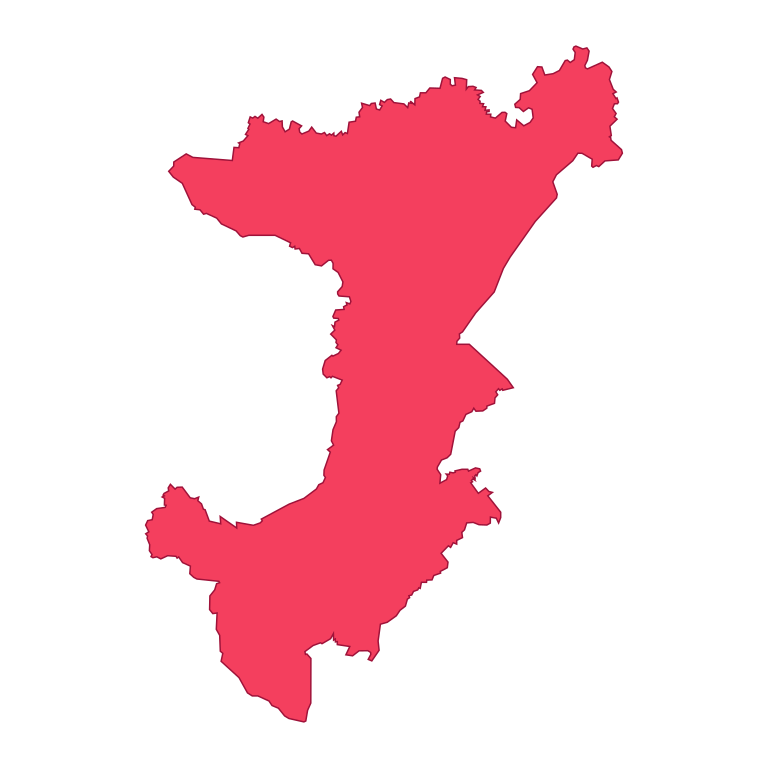 outline of San Felipe Orizatlán, Hidalgo, Mexico
{"feature_id": "50627088B21617615218202", "entity_name": "San Felipe Orizatlán", "entity_type": "district", "adm_level": 2, "iso_a3": "MEX", "parent_name": "Mexico", "parent_adm1": "Hidalgo", "projection": "albers", "projection_center": [-98.581, 21.246], "detail": "fine", "context": "isolated", "style": "filled", "palette": "rose", "viewbox_px": 768, "rotation_deg": 0, "n_neighbors": 0, "source": "geoboundaries", "source_scale": "gbopen_adm2", "svg_char_len": 6071}
<svg xmlns="http://www.w3.org/2000/svg" viewBox="0 0 768 768"><path d="M420.2,588.4L421.4,582.3L426.5,582.3L426.8,580.1L432.0,579.9L433.8,575.5L440.6,573.1L440.3,571.4L447.3,567.7L448.0,562.1L441.1,553.3L448.4,545.8L450.6,547.4L453.2,542.7L456.7,544.1L456.7,540.4L462.5,537.6L461.8,532.4L464.5,529.8L466.7,522.9L473.2,522.4L479.0,524.7L486.9,525.0L490.3,523.1L490.4,517.1L496.3,518.2L498.6,523.0L500.7,517.6L500.7,512.2L487.8,495.8L492.4,492.4L488.9,491.5L485.6,488.0L478.3,493.3L470.7,482.8L472.5,481.8L471.4,480.5L472.9,479.0L474.8,480.1L473.5,477.7L475.1,478.5L474.8,475.9L475.9,474.7L476.9,475.9L478.1,472.6L480.6,471.1L479.7,468.8L475.5,467.9L468.5,471.1L467.8,469.3L461.9,469.3L455.0,470.9L455.3,472.2L453.2,472.9L449.9,472.2L449.3,474.3L446.2,474.1L447.7,475.9L446.6,479.6L439.9,483.2L440.7,474.7L437.1,469.2L437.4,467.0L441.5,460.0L447.1,457.8L450.7,454.3L455.2,431.2L458.8,427.6L460.0,422.3L462.9,420.9L465.9,414.4L471.8,411.7L473.8,408.2L475.9,411.2L482.8,410.9L486.8,408.2L486.9,406.1L494.5,403.3L495.0,397.9L497.7,394.8L495.8,391.8L498.5,388.7L499.8,390.3L502.2,388.9L502.8,390.3L513.3,387.7L507.3,379.2L469.3,344.3L456.7,344.3L456.9,341.3L459.7,338.1L459.4,333.9L462.5,331.9L475.7,312.9L494.2,292.0L503.4,268.4L510.1,257.1L535.3,221.4L556.5,197.9L557.2,194.3L552.8,181.8L556.4,174.8L572.8,160.7L577.9,153.2L582.1,153.3L592.2,159.2L591.7,166.1L593.0,167.3L596.4,165.5L598.8,166.6L605.0,160.9L618.3,159.9L622.4,153.2L621.5,149.6L611.1,140.3L610.5,136.8L609.4,137.0L609.3,136.8L611.3,135.6L609.9,126.2L617.1,119.2L614.3,116.8L616.1,113.5L612.5,108.5L614.4,103.8L617.5,103.7L618.5,102.1L617.0,97.9L616.0,98.6L612.9,93.7L616.2,92.0L613.2,89.3L609.4,79.5L611.9,71.5L609.0,67.0L602.3,62.2L587.4,68.9L585.4,67.8L584.8,65.6L587.4,60.3L589.1,51.1L586.9,47.9L582.8,49.0L575.9,46.1L574.0,46.9L573.0,49.1L575.2,52.5L574.3,59.7L570.2,62.5L567.4,60.1L565.2,60.6L559.4,70.5L553.1,73.7L544.8,75.0L541.9,67.0L537.5,66.7L532.6,74.4L537.1,82.7L529.4,90.7L520.6,93.6L520.2,99.4L514.8,104.2L515.6,107.4L519.2,107.7L523.4,111.5L528.6,107.8L532.1,109.3L533.2,117.9L530.1,122.4L523.8,125.8L516.7,119.9L515.6,127.7L511.4,127.3L505.2,121.1L506.8,113.6L505.0,112.3L502.0,112.4L495.4,118.1L490.5,116.9L490.8,114.2L486.3,114.2L486.6,111.8L489.1,111.5L489.1,109.9L485.0,110.3L485.9,106.8L482.5,106.7L483.6,103.7L479.9,103.4L480.1,101.2L478.0,99.4L480.2,96.5L477.5,94.9L483.3,92.4L481.4,90.4L474.6,89.9L476.1,87.5L473.0,86.3L468.4,86.6L466.3,89.2L466.7,79.7L462.1,78.4L454.5,77.7L455.4,85.1L452.1,85.8L450.3,84.2L450.3,79.5L445.1,77.0L442.6,78.3L440.0,88.3L429.8,88.0L425.9,92.8L420.4,92.8L419.5,96.9L415.0,98.6L414.8,104.8L410.3,101.1L411.4,103.3L408.8,102.9L407.7,107.6L403.9,103.9L393.9,102.6L390.6,99.0L387.3,99.6L384.4,102.4L380.8,100.3L379.6,104.6L382.1,105.9L379.7,110.0L376.4,109.0L375.1,103.0L371.3,103.5L369.7,105.6L361.6,103.2L362.5,107.5L359.0,112.2L359.7,116.8L356.3,117.2L355.5,121.2L349.1,122.2L347.4,133.5L345.1,132.6L342.7,134.9L341.3,131.3L336.0,136.2L333.9,135.7L333.8,133.1L331.5,135.1L329.5,133.8L326.7,135.6L324.5,132.5L321.4,134.0L316.3,133.1L311.7,127.1L308.8,131.1L301.9,134.0L299.7,132.1L299.1,128.7L301.6,125.9L292.6,121.0L291.2,121.9L289.4,129.1L285.1,131.8L282.4,126.9L282.1,120.9L279.5,121.5L276.1,119.1L268.6,123.6L263.2,121.7L263.9,117.1L262.0,114.4L257.8,118.2L255.0,116.4L252.7,118.1L250.2,116.9L248.3,122.7L250.0,124.0L247.9,128.4L248.8,129.3L245.5,134.4L247.9,135.7L243.3,141.0L238.6,142.9L239.8,143.7L238.8,147.7L234.0,147.4L232.3,160.5L192.9,157.4L186.2,153.9L173.8,162.0L173.7,166.1L168.7,171.3L173.3,177.1L182.3,183.3L192.0,204.6L195.3,207.2L194.8,209.2L200.0,209.8L203.6,214.2L206.4,213.4L216.7,218.1L221.4,223.9L236.1,230.9L240.3,235.7L242.9,237.0L248.8,235.3L275.1,235.3L290.6,242.8L289.6,246.2L292.5,247.6L294.7,246.3L295.1,249.0L299.4,248.5L302.0,253.3L308.6,253.8L315.2,264.7L321.5,265.9L328.5,260.3L331.4,260.2L333.1,263.4L333.0,268.8L338.1,272.4L342.9,281.9L342.2,286.5L337.6,291.8L337.7,294.0L339.0,296.0L349.4,296.8L350.9,301.5L349.8,303.9L346.3,302.6L347.0,304.9L343.6,306.7L344.1,309.4L335.7,310.0L332.9,316.5L333.7,318.1L338.3,318.5L338.8,320.1L335.0,322.1L334.5,326.6L332.4,325.6L334.8,330.1L330.7,334.1L336.4,339.9L336.0,342.5L337.9,344.8L336.0,347.7L341.1,350.2L338.4,353.5L332.9,356.1L331.9,355.3L325.2,360.5L322.6,369.1L323.2,374.1L326.9,377.8L329.6,376.6L331.0,377.8L332.4,376.3L342.2,380.1L340.1,384.4L337.6,385.4L338.7,387.8L336.2,390.8L338.9,413.2L336.3,416.7L336.4,421.7L333.0,429.7L331.4,440.8L333.6,445.1L327.5,449.6L330.3,452.1L324.1,470.0L323.9,475.3L325.4,477.5L323.0,482.7L318.8,484.7L316.4,489.0L303.9,498.4L289.2,504.1L261.3,519.1L262.3,520.8L260.2,522.9L253.4,525.3L236.5,522.3L236.7,528.0L220.2,516.5L220.7,523.8L209.3,521.1L205.1,509.7L203.4,509.2L201.5,503.9L197.8,500.7L198.7,497.1L194.6,498.7L190.2,497.8L182.2,487.1L177.1,487.3L175.1,489.1L170.4,484.3L168.2,487.9L168.7,490.9L164.1,493.4L163.1,495.1L164.3,495.9L162.2,497.0L164.6,498.3L164.4,505.0L166.1,505.3L165.2,507.4L156.7,508.6L151.7,512.2L153.2,514.5L152.2,519.7L147.7,520.6L145.6,525.1L148.8,531.8L145.7,533.8L147.6,536.0L147.1,538.2L149.7,544.7L149.4,550.7L152.0,554.5L151.0,556.6L152.9,557.7L156.8,556.8L160.8,558.9L167.7,555.7L176.0,556.3L177.1,558.1L178.7,557.0L182.6,562.6L190.4,566.1L189.8,573.7L193.7,577.3L196.9,579.0L218.9,581.3L219.6,582.7L216.6,583.7L214.7,589.9L209.9,595.9L209.6,609.6L212.8,613.6L217.1,613.0L216.3,629.3L219.7,635.4L220.3,651.2L222.8,653.3L221.1,661.3L239.0,677.6L247.5,692.9L252.2,695.9L257.8,695.9L269.0,701.0L272.0,705.5L278.4,708.2L284.6,715.9L288.9,718.5L303.9,721.9L305.8,721.0L307.6,710.3L310.8,703.1L310.9,658.5L306.9,654.0L305.5,654.4L304.9,651.6L313.1,645.5L320.5,642.8L322.0,643.7L330.6,638.7L333.4,633.6L333.6,640.1L335.3,639.0L335.4,641.9L337.3,641.6L337.3,644.6L349.8,646.5L345.9,654.8L352.6,655.8L359.1,650.8L367.9,650.7L370.6,652.4L370.8,654.4L368.2,659.4L371.8,660.9L379.1,650.3L378.1,641.0L380.4,624.2L387.2,622.3L396.3,615.8L400.0,610.3L405.4,606.1L407.4,599.1L409.6,597.7L408.9,595.7L411.7,595.0L413.5,591.4L417.7,589.9L418.8,587.8L420.2,588.4Z" fill="#f43f5e" stroke="#9f1239" stroke-width="1.5"/></svg>